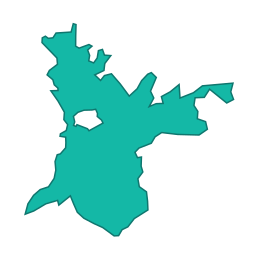 Karshi, Kashkadarya, Uzbekistan (Mercator projection), rotated 267°
{"feature_id": "79887680B57210975668042", "entity_name": "Karshi", "entity_type": "district", "adm_level": 2, "iso_a3": "UZB", "parent_name": "Uzbekistan", "parent_adm1": "Kashkadarya", "projection": "mercator", "projection_center": [65.821, 38.728], "detail": "fine", "context": "isolated", "style": "filled", "palette": "teal", "viewbox_px": 256, "rotation_deg": 267, "n_neighbors": 0, "source": "geoboundaries", "source_scale": "gbopen_adm2", "svg_char_len": 1711}
<svg xmlns="http://www.w3.org/2000/svg" viewBox="0 0 256 256"><g transform="rotate(267 128 128)"><path d="M45.1,143.6L53.9,143.7L63.3,143.1L68.8,136.2L76.9,135.2L83.3,140.5L89.2,139.1L98.3,139.9L97.9,135.9L103.4,133.7L107.4,137.9L111.6,150.5L117.8,154.6L121.7,161.4L119.0,177.2L117.3,198.6L122.6,207.2L130.3,205.8L133.6,197.7L140.9,198.6L147.1,195.0L154.7,196.6L154.6,205.8L162.5,211.5L153.7,221.3L147.8,227.9L151.0,234.9L158.7,232.5L167.3,235.2L166.2,204.5L159.8,195.2L155.2,181.5L168.7,181.3L161.9,172.0L157.6,163.0L150.7,164.4L150.8,157.4L148.3,150.3L156.6,155.3L163.6,152.4L177.0,158.9L182.1,154.2L180.7,150.5L174.6,144.1L166.7,139.2L159.8,130.9L172.3,122.6L183.0,114.3L181.6,107.2L176.9,103.1L182.8,97.6L186.7,107.0L193.6,108.2L201.2,114.6L202.0,108.3L207.8,106.6L206.8,102.5L199.5,100.9L194.8,97.1L197.1,92.3L202.5,93.5L208.0,91.8L211.6,96.3L213.4,93.4L210.3,83.3L212.5,80.0L222.7,80.6L234.0,81.5L235.0,78.8L226.8,76.2L226.6,61.1L222.0,57.8L221.7,53.1L224.0,50.3L222.5,47.1L217.8,46.6L201.6,60.7L195.3,60.9L189.6,52.5L185.3,50.0L180.1,55.5L175.0,56.6L171.5,60.1L169.1,60.1L169.2,52.9L158.6,59.5L147.1,65.3L139.7,64.4L134.6,67.9L128.7,66.2L125.7,60.2L123.3,59.7L122.1,65.3L116.6,65.2L111.5,64.7L105.7,59.1L105.0,55.9L98.3,53.4L89.7,53.7L81.5,51.6L73.4,45.5L71.1,37.1L65.7,30.2L57.5,24.1L47.3,20.8L50.1,29.6L56.6,42.0L59.4,53.9L54.6,54.9L63.3,66.9L55.2,69.7L46.5,73.0L40.2,79.2L34.3,89.1L29.9,97.6L21.0,108.5L21.0,113.0L26.8,116.8L29.3,122.7L37.2,129.5L45.1,143.6ZM133.4,73.8L136.9,75.1L142.5,74.1L146.3,78.8L148.1,85.0L147.9,93.0L148.4,96.7L144.2,98.3L141.1,97.9L137.3,102.0L134.2,103.3L127.3,88.9L129.4,87.5L134.0,77.2L132.3,76.1L133.4,73.8Z" fill="#14b8a6" stroke="#0f766e" stroke-width="1.5"/></g></svg>